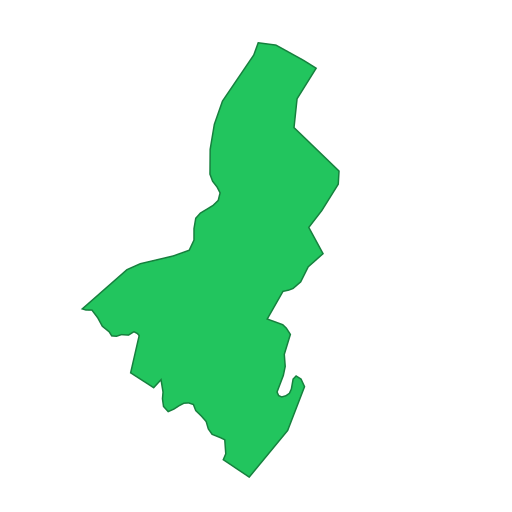 outline of Apes, rotated 302°
{"feature_id": "LVA-5782", "entity_name": "Apes", "entity_type": "Municipality", "adm_level": 1, "iso_a3": "LVA", "parent_name": "Latvia", "parent_adm1": "", "projection": "robinson", "projection_center": [26.461, 57.451], "detail": "fine", "context": "isolated", "style": "filled", "palette": "green", "viewbox_px": 512, "rotation_deg": 302, "n_neighbors": 0, "source": "natural_earth", "source_scale": "10m", "svg_char_len": 1218}
<svg xmlns="http://www.w3.org/2000/svg" viewBox="0 0 512 512"><g transform="rotate(302 256 256)"><path d="M176.0,153.8L188.2,162.0L212.2,185.8L225.5,196.3L236.6,195.0L246.4,188.9L256.1,184.9L262.9,186.1L276.2,192.8L283.1,194.5L290.5,192.1L293.9,186.4L296.4,179.6L301.0,173.6L322.2,160.6L345.6,150.9L369.6,145.5L425.3,147.6L438.0,144.9L445.4,161.1L447.1,192.8L447.1,207.5L411.1,207.5L385.0,220.2L380.1,243.4L372.0,281.4L360.5,287.7L329.4,287.7L308.2,285.6L293.5,311.6L274.5,306.0L257.7,307.6L248.1,304.6L244.4,301.8L240.3,297.6L208.5,298.9L211.9,315.2L210.9,319.9L207.7,326.7L187.6,332.1L177.8,339.3L169.1,342.5L151.8,345.9L149.6,349.2L150.1,352.5L153.3,355.4L157.2,357.1L161.9,356.5L171.3,352.7L175.5,353.6L175.5,359.4L170.9,366.4L124.8,375.3L64.9,367.4L65.9,336.2L72.2,335.2L83.6,326.9L83.1,322.2L81.5,313.3L84.1,307.2L89.2,301.5L91.3,294.6L93.0,286.8L96.9,281.6L95.7,276.7L93.0,272.9L88.3,270.1L82.7,267.5L77.5,264.0L79.4,257.3L85.4,252.3L91.3,249.3L100.8,241.0L90.1,239.0L90.5,211.6L126.6,199.1L127.4,196.5L127.1,192.6L121.4,189.8L118.0,183.5L114.0,180.2L111.8,176.0L113.9,171.7L115.0,162.9L119.7,154.6L123.2,145.5L120.1,140.4L119.1,136.7L176.0,153.8Z" fill="#22c55e" stroke="#15803d" stroke-width="1.5"/></g></svg>